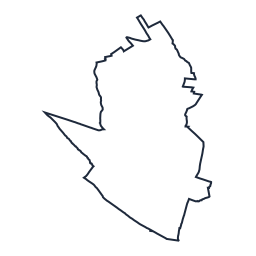 Valeni, Vaslui, Romania
{"feature_id": "2599482B38233755560354", "entity_name": "Valeni", "entity_type": "district", "adm_level": 2, "iso_a3": "ROU", "parent_name": "Romania", "parent_adm1": "Vaslui", "projection": "natural_earth1", "projection_center": [27.752, 46.755], "detail": "fine", "context": "isolated", "style": "outline", "palette": "slate", "viewbox_px": 256, "rotation_deg": 0, "n_neighbors": 0, "source": "geoboundaries", "source_scale": "gbopen_adm2", "svg_char_len": 5740}
<svg xmlns="http://www.w3.org/2000/svg" viewBox="0 0 256 256"><path d="M178.6,240.3L178.4,240.0L178.1,239.5L178.0,239.1L177.9,238.3L177.9,237.6L178.0,237.0L178.1,235.8L178.3,235.3L178.7,233.2L178.9,231.1L179.2,229.6L179.3,228.8L179.4,228.1L180.2,228.2L180.6,226.7L180.8,226.3L180.8,226.0L181.0,225.4L181.1,224.8L181.2,224.7L181.2,224.4L181.3,223.8L181.5,223.6L181.9,222.8L182.7,219.4L183.9,215.6L184.1,215.3L184.4,214.0L187.1,203.8L187.3,203.5L187.4,202.9L188.0,201.7L189.0,198.9L192.4,200.2L195.6,201.3L196.0,201.3L196.6,201.2L196.9,201.3L197.5,201.3L197.8,201.0L198.1,201.1L198.4,201.3L198.6,201.4L199.2,201.2L200.2,200.3L200.7,200.2L201.6,200.3L202.0,199.7L202.2,199.4L202.5,199.3L203.1,199.1L203.8,198.9L204.7,198.4L205.3,198.1L207.9,197.4L209.1,196.9L209.5,196.5L207.9,187.8L209.1,187.9L209.3,186.7L209.6,186.5L210.2,186.2L210.4,185.4L210.5,184.4L210.7,184.2L211.0,183.5L211.1,182.9L211.1,182.0L210.3,181.7L209.5,181.6L207.4,180.9L202.7,179.3L199.5,178.3L195.9,177.0L196.2,176.4L198.5,172.6L198.8,171.9L199.5,169.4L199.8,166.1L200.2,163.5L201.0,159.8L202.3,153.9L202.5,152.7L203.0,149.4L203.4,147.5L203.6,146.4L203.4,142.1L197.4,136.2L194.8,133.7L191.8,131.0L187.7,127.2L188.2,126.7L187.2,126.6L185.5,126.5L185.6,125.7L186.4,124.7L186.7,123.6L186.9,122.7L186.9,121.8L186.9,121.1L186.7,119.9L186.5,117.8L186.6,117.2L186.7,116.7L186.4,116.3L185.8,116.0L185.5,115.7L185.2,115.3L185.1,114.9L185.2,114.5L185.4,113.8L186.2,112.2L186.5,111.4L187.1,110.0L187.1,109.3L187.2,109.1L187.8,108.7L189.0,108.3L193.0,106.3L194.4,105.4L195.2,104.8L195.8,104.2L196.4,103.2L200.8,96.4L201.9,94.8L201.6,94.7L193.8,93.5L194.2,91.8L191.4,91.4L191.6,90.8L192.3,89.3L193.3,87.6L191.3,87.3L183.0,86.7L182.8,86.6L184.6,81.8L184.9,79.6L184.9,78.4L194.2,79.3L195.6,79.3L195.6,79.1L195.6,78.5L195.1,77.1L194.6,76.1L194.4,75.7L194.0,74.2L193.9,73.8L194.0,73.2L193.6,73.1L191.4,73.0L191.3,72.7L191.2,71.3L191.2,70.1L191.2,68.4L191.1,67.4L190.9,67.2L190.6,66.4L190.2,65.8L189.7,64.8L189.2,63.6L188.8,62.8L187.7,62.3L187.2,62.0L186.8,61.5L186.4,61.2L186.0,60.9L185.4,60.7L185.0,60.3L184.8,60.0L184.5,59.5L184.2,59.1L183.6,58.7L181.8,57.8L181.0,57.5L180.5,57.2L180.1,56.7L179.5,55.9L179.1,55.3L178.8,54.5L178.8,53.8L178.6,53.4L178.0,52.1L177.3,50.5L176.9,49.7L176.4,49.2L175.6,48.7L175.1,47.2L175.1,46.8L175.1,46.2L174.9,45.7L174.7,45.4L174.2,45.0L173.9,44.5L173.0,43.8L172.5,43.5L172.5,43.3L172.6,42.9L172.7,42.3L172.8,41.5L172.7,40.9L172.9,40.2L172.3,39.5L170.2,36.0L168.2,32.8L163.5,26.0L162.5,24.8L160.2,21.5L158.1,22.6L152.8,25.2L151.4,25.9L151.1,26.1L148.5,27.5L147.9,26.6L147.7,26.2L146.3,23.8L144.7,21.3L144.0,19.9L143.3,18.9L142.4,17.8L140.8,15.4L140.5,15.5L139.6,16.1L137.0,17.6L138.0,19.1L140.5,23.4L141.1,24.3L144.8,30.1L145.8,31.9L146.5,33.2L147.3,34.4L147.9,35.2L149.5,38.1L150.3,39.3L148.4,40.4L145.5,41.2L144.8,41.3L143.0,41.2L140.3,40.7L138.7,40.3L135.3,39.6L131.3,38.5L130.7,38.2L129.9,37.9L127.5,37.3L127.0,37.2L126.8,37.2L126.6,37.3L126.4,37.6L127.9,39.8L128.3,40.5L128.6,40.8L129.4,41.8L130.2,42.5L131.5,44.0L132.9,45.7L123.8,51.3L123.7,50.9L123.2,49.9L122.0,48.5L120.9,47.3L114.2,52.1L111.1,54.1L111.5,55.2L111.6,55.7L110.5,56.0L109.1,56.3L108.8,56.3L105.1,57.1L105.3,58.1L105.6,58.9L105.0,59.1L105.4,60.4L104.1,60.8L102.2,61.3L96.5,62.5L96.6,63.1L96.7,63.7L96.6,64.2L96.4,65.9L96.1,66.5L95.9,67.2L95.4,68.2L95.0,69.1L94.5,70.2L94.3,71.0L94.3,71.5L94.4,72.8L94.6,73.7L95.9,76.2L96.5,77.3L97.2,79.4L97.3,79.7L97.2,80.0L96.6,81.0L96.5,81.5L96.5,83.2L96.7,83.8L96.8,85.3L96.6,86.2L96.6,86.8L96.6,87.3L97.3,89.5L97.5,90.0L98.2,91.4L98.6,92.4L98.7,92.9L99.1,94.5L99.3,94.9L99.6,95.4L100.6,96.6L100.8,97.0L100.9,97.3L101.0,97.6L101.0,97.9L101.0,98.5L100.9,99.4L101.0,99.9L101.1,100.4L101.1,100.7L100.9,101.5L100.8,102.1L100.8,102.7L101.0,103.9L101.2,104.8L101.4,105.3L102.5,107.4L102.6,107.7L102.7,109.2L102.7,109.5L102.3,110.2L100.9,111.9L100.7,112.7L100.5,113.4L100.4,114.3L100.2,118.4L100.3,120.0L100.3,121.7L100.3,122.3L99.9,122.9L100.0,123.0L100.3,123.8L100.5,124.7L100.7,125.3L100.9,125.8L101.5,126.6L102.8,128.2L103.9,129.3L102.1,129.4L101.4,129.7L100.7,130.1L99.4,130.3L98.6,130.3L98.1,130.2L92.1,128.2L91.8,128.0L90.4,127.6L82.4,124.8L80.8,124.3L80.3,124.0L78.0,123.3L74.8,122.1L74.3,122.0L67.1,119.6L44.9,112.5L47.5,115.3L49.2,116.6L50.6,117.6L55.2,122.2L56.7,123.9L57.8,126.3L58.5,127.1L59.6,128.8L63.2,132.9L65.1,135.4L65.7,135.8L66.4,136.4L66.8,137.0L67.1,137.8L67.6,138.2L68.5,138.6L69.1,139.2L70.2,140.8L70.9,141.2L71.1,141.4L71.1,141.7L71.3,142.3L71.5,142.6L71.9,143.0L72.3,143.2L72.3,143.4L72.8,143.9L73.0,144.0L73.3,144.2L74.2,145.1L74.5,145.5L75.3,146.3L75.7,146.3L75.9,146.5L76.1,146.9L77.4,148.1L77.6,148.5L77.9,148.9L77.8,149.1L77.9,149.3L78.4,149.7L79.1,150.0L79.5,150.5L80.1,150.6L80.6,151.1L81.0,151.6L81.1,151.9L81.2,152.3L81.4,152.4L82.0,152.9L82.6,153.3L83.1,153.8L83.4,154.1L83.9,154.4L84.4,154.8L85.4,155.6L85.8,155.9L86.2,156.0L86.5,156.2L86.9,156.6L87.3,157.7L87.6,157.8L88.0,158.1L88.1,158.5L88.5,159.3L89.4,159.8L89.9,161.3L90.0,162.0L90.1,162.3L90.3,162.5L90.1,162.9L90.4,163.3L90.9,163.6L91.6,163.6L91.9,164.1L92.2,164.4L92.2,164.8L92.5,165.5L93.5,166.3L92.8,167.0L88.8,172.4L88.4,173.1L87.5,174.4L86.2,176.0L83.9,177.7L86.2,179.2L87.2,180.1L88.9,181.3L92.2,183.5L93.7,184.6L94.5,185.5L95.5,186.9L96.4,187.7L96.8,188.0L99.1,191.1L101.8,194.9L102.6,195.9L103.0,197.2L104.4,198.6L107.1,200.8L108.3,201.5L117.3,207.9L118.7,209.0L120.5,210.2L123.8,212.6L124.7,213.0L125.4,213.8L126.3,214.6L127.9,215.7L129.9,217.4L132.4,218.9L133.9,220.1L136.7,221.9L137.9,222.7L138.5,223.2L140.2,224.3L145.6,227.2L146.0,227.5L146.8,228.0L148.1,228.5L151.4,230.3L150.2,230.3L150.2,230.9L151.8,231.1L151.9,230.6L156.0,232.9L156.6,233.3L166.0,238.4L166.5,238.9L178.4,240.6L178.6,240.3Z" fill="none" stroke="#1e293b" stroke-width="2"/></svg>